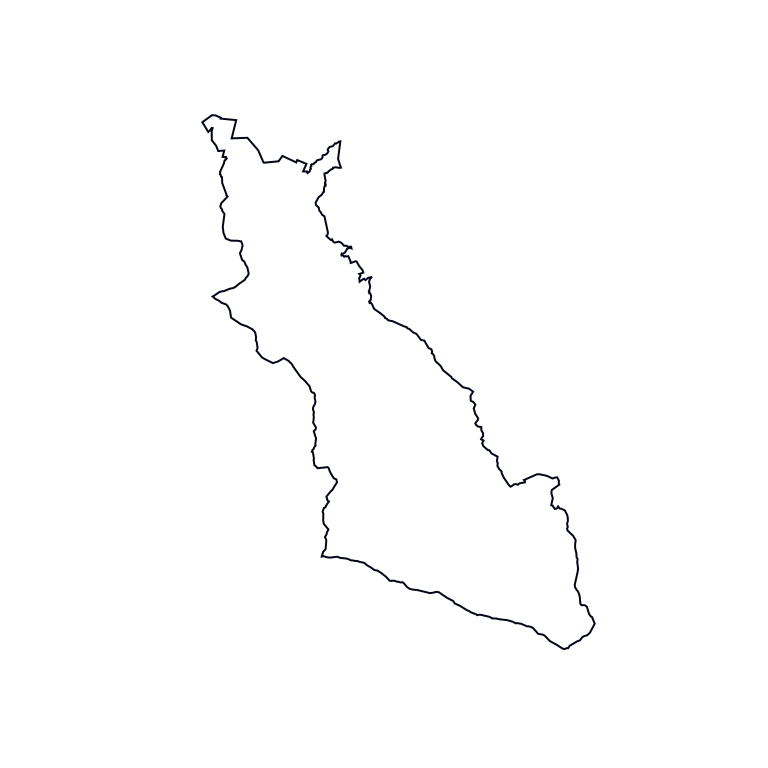 the district of Dumitrita, Bistrita-Nasaud, Romania, rotated 69°
{"feature_id": "2599482B55975962781484", "entity_name": "Dumitrita", "entity_type": "district", "adm_level": 2, "iso_a3": "ROU", "parent_name": "Romania", "parent_adm1": "Bistrita-Nasaud", "projection": "mercator", "projection_center": [24.726, 47.079], "detail": "fine", "context": "isolated", "style": "outline", "palette": "ink", "viewbox_px": 768, "rotation_deg": 69, "n_neighbors": 0, "source": "geoboundaries", "source_scale": "gbopen_adm2", "svg_char_len": 6153}
<svg xmlns="http://www.w3.org/2000/svg" viewBox="0 0 768 768"><g transform="rotate(69 384 384)"><path d="M522.8,503.9L522.9,502.4L525.5,499.1L526.8,496.4L528.5,489.6L530.9,486.8L533.0,482.5L534.2,480.6L537.0,477.8L537.3,476.8L539.0,474.1L539.5,472.6L541.5,470.3L543.5,467.0L545.3,465.7L547.0,464.9L550.7,461.9L554.2,459.7L555.7,457.1L559.9,454.0L564.7,451.2L569.8,449.2L571.4,444.7L573.3,442.7L573.7,441.6L575.3,439.4L575.6,437.8L577.3,436.8L581.7,435.3L584.6,433.3L586.6,430.2L588.1,427.0L595.7,416.0L596.4,413.2L596.8,409.5L598.1,407.4L606.2,401.8L611.5,397.1L614.2,396.6L618.4,392.5L624.6,387.9L626.5,385.9L628.1,384.9L632.2,380.4L633.2,379.9L633.5,377.8L634.1,376.5L639.4,368.6L641.4,367.3L643.2,363.2L645.4,359.8L648.6,353.6L652.1,349.0L654.7,346.7L654.9,345.5L657.0,341.9L661.5,337.3L662.2,335.5L663.9,333.4L665.5,332.2L672.5,329.6L674.8,325.7L676.4,324.2L683.4,321.3L688.8,316.7L694.5,312.5L696.2,310.6L696.1,308.0L696.6,306.7L695.0,304.6L693.5,296.2L693.5,292.9L691.4,289.5L691.1,287.6L691.4,284.3L690.0,280.9L683.3,273.2L676.1,273.3L675.3,274.1L672.3,275.0L664.8,274.4L662.9,275.5L662.2,276.3L661.4,278.6L660.8,279.2L659.3,279.4L653.9,277.8L650.7,277.2L647.3,277.2L645.1,278.0L641.9,278.5L639.7,277.8L628.9,270.6L625.7,268.9L619.7,267.5L616.8,266.0L614.6,266.3L611.5,265.2L605.4,264.3L601.9,262.9L598.5,261.0L593.7,261.8L586.5,265.2L584.6,264.9L583.2,263.6L580.4,263.3L577.1,261.1L574.3,260.3L572.0,259.9L566.8,260.5L564.1,263.1L563.1,264.7L560.7,265.3L561.9,266.8L562.2,267.6L561.7,269.4L558.0,270.2L557.1,271.3L551.0,267.3L546.7,267.0L544.5,266.3L543.0,265.2L540.8,256.4L538.5,256.2L537.3,255.4L533.3,255.7L532.7,257.4L532.6,260.5L528.0,265.0L523.9,271.3L523.1,273.7L523.8,287.7L524.9,287.2L526.3,287.7L525.3,293.2L526.0,295.1L524.8,296.7L524.2,298.3L525.0,300.8L525.2,302.7L522.9,303.7L514.5,305.7L509.5,306.1L507.8,305.6L504.5,307.0L501.2,307.5L498.6,306.2L496.4,306.2L492.6,304.0L487.5,308.4L483.5,309.5L482.8,310.8L477.7,313.5L474.5,313.6L472.4,311.3L470.4,313.2L469.1,311.9L468.2,310.1L465.2,309.2L462.0,309.7L459.1,308.6L457.3,311.6L454.9,312.8L453.4,312.9L451.3,309.4L449.9,308.4L444.5,309.5L439.0,309.0L436.0,306.1L432.9,307.0L430.7,309.0L426.1,307.5L423.1,303.6L418.9,306.2L415.4,311.4L408.2,315.1L402.9,318.6L401.6,318.6L392.2,324.0L388.2,324.5L385.7,325.4L381.4,327.7L377.8,327.7L376.1,327.1L373.6,327.5L372.5,328.4L370.8,327.4L368.7,327.3L367.7,328.0L366.6,329.5L357.9,330.8L356.2,333.6L348.8,335.8L346.4,338.2L341.8,340.6L340.4,342.2L338.9,342.5L337.5,344.5L328.6,353.3L326.0,357.3L324.1,358.0L322.7,359.4L321.5,359.3L317.5,361.5L310.3,366.3L305.4,366.6L303.2,367.2L303.2,368.4L301.6,368.3L300.7,366.3L297.2,364.4L293.6,364.5L293.7,365.2L292.0,365.0L291.2,364.0L287.9,361.9L283.4,361.4L280.9,359.5L279.6,356.7L279.3,361.2L280.4,364.0L278.6,364.9L278.5,365.6L279.8,370.1L276.4,369.3L274.5,367.1L273.3,367.1L272.4,367.6L272.6,363.4L270.2,363.2L264.8,365.0L260.0,365.6L259.3,366.2L259.1,371.7L257.7,371.3L251.9,371.5L251.6,373.1L250.8,374.2L250.9,375.6L249.7,375.9L248.8,377.6L248.0,377.5L247.1,376.6L247.4,376.3L247.6,374.6L246.8,372.6L244.4,369.9L244.8,366.6L245.7,365.8L244.1,365.5L243.6,366.4L243.4,367.9L241.6,369.4L240.5,371.8L236.9,373.2L234.9,375.2L234.4,379.1L233.8,379.8L233.1,380.3L230.9,380.6L231.3,380.9L230.7,381.1L230.4,382.1L225.1,384.8L224.8,384.6L224.9,384.0L223.9,382.8L222.1,382.0L206.1,379.5L203.9,381.1L200.5,381.6L198.9,382.3L195.9,381.7L192.6,383.3L190.4,383.0L186.3,378.3L185.0,374.3L183.0,371.8L183.1,371.2L179.7,369.8L177.6,368.1L177.9,367.5L176.7,366.8L176.1,367.3L175.2,367.1L173.7,365.8L167.3,364.6L166.1,364.0L166.5,361.3L165.5,359.2L164.8,356.7L164.6,354.3L163.8,354.0L164.3,351.5L166.0,348.7L166.6,346.7L157.4,346.2L141.8,337.8L141.6,339.0L142.4,342.4L141.8,343.3L143.6,346.5L143.2,349.8L144.3,351.8L145.2,352.7L146.9,352.5L147.9,353.7L148.5,354.7L149.0,356.6L148.5,358.8L148.7,359.4L150.5,360.3L151.4,361.6L151.6,362.4L151.2,365.9L151.3,366.7L152.5,368.1L152.6,369.8L153.3,370.5L153.4,371.4L152.9,372.7L153.2,373.5L154.7,373.8L155.2,374.9L155.9,375.3L156.8,375.1L157.6,376.3L159.1,377.4L159.3,379.2L159.7,379.7L159.2,380.0L158.1,379.7L156.5,383.3L150.7,377.5L143.8,384.8L145.7,386.5L134.7,397.1L138.3,402.6L134.4,416.8L133.9,417.1L120.7,417.7L105.2,423.3L100.1,438.2L84.7,427.4L77.7,441.4L77.0,440.9L72.9,445.0L71.4,448.2L74.5,459.8L85.7,457.7L85.1,456.0L83.2,453.1L83.7,452.3L86.1,454.2L94.7,457.4L101.5,455.3L107.1,455.3L108.8,449.5L114.2,453.3L115.3,450.3L117.1,450.0L117.4,450.5L117.3,451.4L118.1,451.8L118.3,452.8L120.9,454.6L127.5,461.3L128.5,461.3L129.4,462.0L130.0,461.6L132.5,461.7L132.7,461.2L133.5,461.3L138.3,463.0L150.8,463.2L151.3,463.5L153.0,462.9L156.8,471.0L159.3,473.1L161.2,473.2L163.1,472.6L164.1,473.0L168.1,472.0L179.5,478.2L185.4,479.7L191.5,479.6L195.2,475.7L197.8,469.4L199.7,466.2L203.9,466.3L207.9,469.0L210.1,471.5L210.7,471.7L217.3,472.0L219.7,470.5L222.6,470.5L226.4,469.8L232.1,470.7L232.8,471.0L234.5,472.9L235.4,474.9L236.9,476.7L238.7,484.1L240.0,487.6L240.4,490.3L239.8,493.7L239.9,500.4L239.3,502.5L239.2,504.9L240.8,511.4L240.9,512.6L244.2,510.9L247.1,508.2L249.9,506.6L253.1,502.9L255.6,501.9L260.5,501.5L267.2,503.0L277.2,496.0L281.0,491.4L285.8,487.2L289.6,485.8L294.3,486.6L297.4,488.1L299.1,487.8L305.1,489.1L307.2,491.1L315.4,488.4L318.1,486.3L324.7,480.2L325.0,474.8L323.9,468.3L328.2,464.8L332.4,462.9L335.4,462.5L347.7,459.3L352.2,456.9L359.5,454.3L364.9,454.7L366.4,453.8L367.1,452.6L369.0,452.4L369.8,452.4L370.9,453.2L372.9,453.9L376.0,454.3L378.2,455.9L379.7,457.9L381.6,459.2L385.7,459.7L387.2,460.8L390.1,461.5L394.8,464.0L400.2,463.1L401.7,463.9L402.9,466.5L410.7,467.0L415.5,469.7L416.9,469.9L417.3,470.9L419.6,473.3L419.9,474.3L421.4,475.6L421.8,475.0L423.5,475.1L428.8,476.2L429.3,476.8L434.9,478.1L435.9,477.3L438.8,476.2L441.4,466.5L442.4,465.8L446.9,465.9L454.0,464.7L456.0,462.7L458.4,463.0L459.8,464.0L460.6,465.4L464.4,470.2L465.1,472.2L468.5,478.1L472.6,478.5L473.9,477.5L476.0,480.6L478.1,482.9L478.3,484.6L481.3,487.1L483.3,487.1L489.9,489.8L493.1,490.3L499.8,488.0L501.6,489.9L501.7,490.3L503.8,491.5L505.7,494.0L508.4,493.7L509.3,493.9L517.1,497.6L519.1,501.2L522.8,503.9Z" fill="none" stroke="#020617" stroke-width="2"/></g></svg>